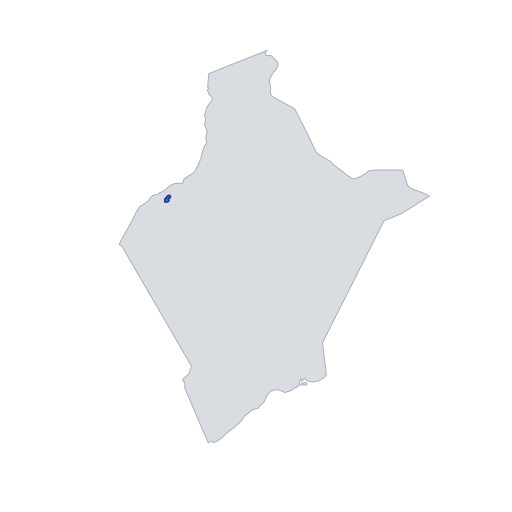 location of Kabuchai, Western, Kenya, rotated 27°
{"feature_id": "3690345B50484339603555", "entity_name": "Kabuchai", "entity_type": "district", "adm_level": 2, "iso_a3": "KEN", "parent_name": "Kenya", "parent_adm1": "Western", "projection": "natural_earth1", "projection_center": [34.605, 0.696], "detail": "fine", "context": "in_parent", "style": "filled", "palette": "blue", "viewbox_px": 512, "rotation_deg": 27, "n_neighbors": 0, "source": "geoboundaries", "source_scale": "gbopen_adm2", "svg_char_len": 4318}
<svg xmlns="http://www.w3.org/2000/svg" viewBox="0 0 512 512"><g transform="rotate(27 256 256)"><path d="M128.8,307.8L128.7,301.5L129.5,285.5L129.4,271.4L130.1,264.4L133.1,259.9L134.5,256.7L135.5,252.1L137.0,248.4L140.6,245.4L141.2,243.8L145.0,238.8L147.3,232.3L149.0,230.1L151.1,228.1L152.6,227.0L155.1,225.9L157.0,225.3L157.4,224.8L157.5,223.8L156.9,219.8L157.7,218.5L159.1,215.8L160.6,213.3L161.9,211.7L162.7,210.1L163.1,207.3L163.1,205.3L163.1,202.0L162.7,194.6L161.1,188.4L160.1,181.5L160.8,179.2L159.5,175.2L158.9,175.0L157.9,174.1L156.6,170.2L155.6,166.7L155.0,165.9L150.7,162.8L148.6,155.6L146.2,154.0L144.9,146.8L144.7,144.8L146.0,137.7L145.9,136.0L144.4,134.5L140.4,133.0L137.2,130.0L137.6,129.0L137.8,127.9L136.1,127.2L131.2,115.0L137.6,107.6L144.0,100.2L152.3,90.8L159.9,82.2L166.5,74.7L172.3,68.0L172.2,69.3L172.2,71.0L173.0,72.0L174.2,72.7L175.8,72.0L177.3,70.9L178.7,70.7L187.5,73.5L189.0,75.9L188.9,78.5L189.3,80.4L188.6,82.3L187.9,88.0L188.1,93.3L190.7,97.2L193.1,100.2L195.0,104.5L196.4,105.8L198.3,106.5L204.3,106.7L213.3,107.0L221.9,107.2L222.7,107.3L224.5,107.9L232.5,113.7L239.8,119.0L245.9,123.6L251.9,128.1L257.7,132.5L262.2,136.1L266.6,137.2L273.9,137.7L278.9,137.9L283.5,139.4L290.3,140.8L295.5,141.5L298.6,142.4L307.1,143.2L308.5,142.7L312.3,138.7L316.5,132.2L318.2,128.6L323.7,125.0L333.3,120.1L340.1,116.6L347.6,113.0L351.0,116.1L355.8,121.0L357.9,123.4L359.6,124.5L362.1,125.2L365.3,125.2L367.0,125.1L370.5,124.5L378.6,123.9L383.3,123.9L379.4,130.4L374.7,138.2L366.1,152.6L359.5,160.1L354.5,165.8L354.0,166.9L354.1,173.2L354.1,188.8L354.3,219.9L354.4,251.0L354.5,282.1L354.6,297.7L354.6,302.9L358.9,309.4L363.2,315.8L368.9,324.3L371.9,328.8L372.4,330.3L372.2,333.3L367.6,339.7L363.7,342.6L358.6,343.9L357.1,343.7L355.1,342.8L354.3,344.3L353.7,346.7L352.6,346.2L351.7,345.5L352.2,349.7L352.7,351.7L352.0,354.6L349.5,357.0L349.2,359.1L343.8,364.5L336.2,365.1L332.2,367.8L330.4,370.0L329.0,374.8L329.5,382.2L327.4,387.9L326.9,390.8L323.0,394.4L321.2,397.8L319.9,401.3L318.8,402.8L317.5,410.5L315.6,415.2L315.1,416.8L314.7,418.2L313.2,420.9L312.3,422.8L311.6,424.1L307.0,436.1L303.3,441.5L300.5,440.9L298.6,443.0L298.4,444.0L297.4,443.4L295.0,441.4L290.1,437.4L285.2,433.3L280.3,429.2L275.4,425.1L270.5,421.0L265.6,417.0L260.8,412.9L255.9,408.8L253.0,406.4L251.7,405.0L250.7,402.2L250.3,401.5L248.9,400.6L247.4,400.4L247.0,399.9L247.0,398.5L247.5,396.5L249.3,392.8L249.5,390.6L249.2,388.1L248.6,384.1L248.1,383.2L244.9,381.1L238.1,376.7L231.3,372.3L224.5,367.9L217.7,363.5L210.9,359.1L204.1,354.7L197.3,350.3L190.5,345.9L183.7,341.5L176.9,337.2L170.1,332.8L163.3,328.4L156.5,324.0L149.7,319.6L142.9,315.2L136.1,310.8L133.5,309.1L131.2,307.8L128.8,307.8ZM355.0,350.4L353.8,350.8L354.5,348.6L358.0,345.9L359.4,346.5L359.7,347.2L359.6,347.7L359.0,348.3L355.0,350.4Z" fill="#d9dde1" stroke="#a8b0b8" stroke-width="1"/><path d="M152.4,241.3L152.3,241.2L152.2,241.2L151.9,241.2L151.7,241.2L151.6,241.3L151.4,241.3L151.2,241.3L150.9,241.5L150.7,241.7L150.7,241.8L150.4,241.8L150.4,242.0L150.2,242.2L150.2,242.3L150.0,242.6L150.0,242.8L149.9,242.8L149.9,242.7L149.9,242.8L149.9,243.0L149.7,243.3L149.6,243.5L149.6,243.8L149.6,244.0L149.6,244.3L149.5,244.5L149.4,244.6L149.3,244.8L149.3,245.0L149.4,245.3L149.5,245.3L149.7,245.5L149.8,245.5L149.7,245.6L149.6,245.9L149.6,246.0L149.4,246.1L149.2,246.1L149.0,246.3L148.9,246.3L148.8,246.5L148.9,246.8L149.0,246.8L149.1,247.0L149.2,247.4L149.2,247.5L149.3,247.7L149.3,247.8L149.4,248.0L149.5,248.1L149.7,248.3L149.8,248.4L149.8,248.5L149.9,248.8L150.0,248.8L150.1,249.0L150.2,248.9L150.3,248.9L150.4,248.7L150.5,248.6L150.7,248.4L150.8,248.4L151.0,248.4L151.1,248.5L151.3,248.7L151.4,248.8L151.5,248.7L152.3,248.3L152.3,248.2L152.5,248.1L152.6,247.9L152.6,247.7L152.8,247.6L152.9,247.4L153.0,247.4L153.2,247.2L153.3,247.1L153.4,246.9L153.4,246.7L153.3,246.4L153.2,246.3L153.2,246.1L152.9,246.0L152.9,245.9L152.7,245.8L152.5,245.6L152.4,245.5L152.4,245.4L152.2,245.2L152.1,244.9L151.9,244.8L151.9,244.7L151.9,244.4L152.0,244.4L152.1,244.2L152.3,244.0L152.3,243.9L152.4,243.7L152.5,243.6L152.8,243.7L152.8,243.8L153.0,243.8L153.0,243.7L153.0,243.4L153.0,243.2L152.9,243.0L152.9,242.9L152.9,242.7L152.8,242.4L152.8,242.2L152.8,241.9L152.8,241.7L152.7,241.7L152.5,241.4L152.4,241.4L152.4,241.3Z" fill="#3b82f6" stroke="#1e3a8a" stroke-width="1.5"/></g></svg>